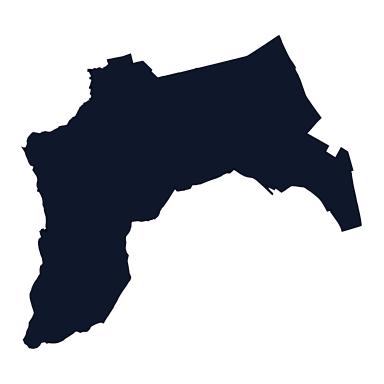 outline of Luizi-Calugara, Bacau, Romania
{"feature_id": "2599482B12276369319500", "entity_name": "Luizi-Calugara", "entity_type": "district", "adm_level": 2, "iso_a3": "ROU", "parent_name": "Romania", "parent_adm1": "Bacau", "projection": "mercator", "projection_center": [26.83, 46.517], "detail": "fine", "context": "isolated", "style": "filled", "palette": "ink", "viewbox_px": 384, "rotation_deg": 0, "n_neighbors": 0, "source": "geoboundaries", "source_scale": "gbopen_adm2", "svg_char_len": 5739}
<svg xmlns="http://www.w3.org/2000/svg" viewBox="0 0 384 384"><path d="M23.5,339.8L24.1,340.6L24.7,342.7L25.8,343.8L27.0,344.4L27.5,344.8L28.3,345.7L28.8,346.8L29.8,347.5L30.4,346.8L30.9,347.7L31.4,347.9L33.4,348.1L34.4,347.9L35.3,347.6L37.0,347.2L38.9,345.5L39.5,344.8L40.5,343.0L40.8,342.5L41.7,342.0L44.1,341.6L45.3,341.6L45.9,341.7L46.3,342.0L46.2,342.3L46.5,342.7L46.9,342.9L47.8,342.6L48.2,342.3L50.9,342.6L53.4,342.7L55.3,342.6L57.8,342.2L62.2,340.3L63.7,339.4L63.8,338.9L72.4,333.4L75.2,331.0L76.3,330.7L77.3,330.9L78.3,331.1L79.9,332.0L80.6,332.1L82.3,331.3L83.1,331.1L86.4,331.1L87.3,330.8L88.8,329.3L89.5,328.4L90.3,326.6L91.1,325.9L93.7,324.4L97.1,322.9L100.2,322.0L101.4,321.9L103.3,322.7L106.4,317.3L107.5,316.0L109.1,313.3L112.8,307.6L114.2,304.6L116.3,301.2L118.0,297.6L120.0,294.2L121.9,291.2L126.3,284.9L127.9,282.2L129.7,279.9L130.5,277.6L130.2,276.3L129.2,274.2L128.8,273.3L128.7,272.0L127.9,266.5L126.9,261.3L127.0,259.8L128.0,255.4L126.5,253.4L126.1,252.5L125.3,250.1L125.0,248.6L125.0,247.2L125.5,243.1L125.5,241.5L125.1,240.3L125.2,237.5L125.4,236.2L127.7,233.4L128.8,231.7L129.7,230.1L130.0,228.5L130.6,226.9L130.8,225.5L130.7,223.3L131.1,222.6L130.9,221.6L131.0,221.2L137.8,220.4L141.7,221.1L142.2,220.7L144.0,220.8L144.4,220.3L146.1,220.1L147.9,220.5L149.3,220.0L150.2,219.2L151.6,219.3L153.5,218.4L154.9,218.5L155.1,218.0L157.4,216.2L158.3,214.7L159.0,213.1L159.2,211.7L159.5,210.7L160.6,209.4L161.2,207.7L162.8,206.4L168.0,199.0L174.8,188.1L176.5,189.7L176.9,190.5L177.9,190.8L182.4,190.0L184.1,190.0L184.2,189.4L185.7,189.4L187.0,188.9L188.5,188.7L190.2,188.0L192.1,184.3L193.3,184.5L196.7,184.3L199.4,183.5L199.8,183.8L209.1,180.1L213.9,178.4L215.2,178.1L218.6,176.7L221.0,175.6L223.1,174.1L228.8,171.6L228.0,172.7L228.2,172.8L228.9,172.1L229.2,172.0L229.3,172.1L229.4,172.6L229.8,172.7L232.5,170.3L233.4,169.2L233.6,168.7L241.5,174.0L245.2,175.8L248.0,176.6L252.8,177.3L256.4,179.4L264.2,186.5L272.2,194.2L272.5,193.6L268.9,190.1L268.2,189.1L267.0,185.5L268.7,186.7L274.3,189.4L275.3,187.4L281.5,191.9L284.8,189.9L286.5,188.5L290.9,185.6L292.0,185.4L295.7,185.6L301.0,186.4L304.1,186.7L306.2,187.9L307.2,188.8L310.9,191.1L315.3,194.6L318.7,197.5L320.4,199.3L322.0,201.3L323.4,203.6L325.7,207.5L327.4,210.8L330.9,209.8L331.0,211.8L338.3,222.1L339.8,224.7L341.5,228.1L342.2,231.0L348.0,229.3L360.8,225.4L361.0,224.6L360.0,218.2L359.2,214.2L357.9,208.4L357.5,206.1L356.3,201.4L355.3,196.2L354.3,191.8L352.9,185.2L351.4,176.4L351.1,173.5L350.7,172.0L350.2,171.1L349.9,170.9L352.6,170.1L347.5,152.0L341.2,148.0L335.6,158.3L325.2,151.7L328.3,146.0L306.0,133.4L308.6,131.1L316.5,121.9L320.7,117.8L317.1,113.0L311.1,104.5L306.5,97.8L305.3,95.7L299.7,79.7L298.1,76.3L298.0,75.7L294.9,70.1L294.8,69.5L295.0,67.2L292.1,62.6L290.1,59.9L287.8,55.7L285.9,52.0L281.3,42.0L281.2,41.2L279.8,37.8L278.9,35.9L255.5,51.4L247.9,56.2L245.7,57.0L213.0,65.1L198.5,68.6L196.3,68.7L196.4,69.0L183.8,72.2L179.2,73.3L179.0,73.1L168.4,75.7L166.9,76.0L165.6,76.4L165.0,76.9L164.6,76.9L164.2,76.5L159.6,77.7L157.5,78.2L150.4,71.4L151.3,70.3L151.2,70.2L151.4,69.9L142.8,61.5L136.4,62.9L132.7,63.9L130.4,54.3L122.8,57.0L107.7,59.9L108.1,61.8L109.3,64.3L108.5,64.8L106.0,67.1L104.0,67.9L104.1,69.0L101.5,69.1L100.2,68.3L99.3,68.0L98.8,68.2L98.2,68.8L97.4,68.8L96.8,69.3L96.2,69.4L95.8,69.1L95.1,68.8L94.2,68.9L93.7,69.2L92.9,69.8L92.3,70.1L91.5,69.7L88.2,69.6L88.2,71.2L90.7,70.9L90.9,71.1L90.0,72.0L90.0,72.6L91.9,76.0L91.8,76.5L91.4,77.1L90.4,77.5L90.0,77.8L89.9,78.1L90.0,78.4L90.2,78.6L91.6,78.9L91.8,79.1L92.1,80.5L92.0,81.1L91.6,81.8L90.7,85.6L90.3,86.5L89.8,87.0L89.7,87.6L89.8,88.1L90.3,88.1L91.8,87.6L92.0,87.8L92.0,88.3L91.4,89.3L91.3,89.6L91.5,90.5L91.1,92.0L90.6,93.8L91.5,94.8L92.3,96.5L91.6,97.2L91.5,97.5L91.6,97.9L92.0,98.2L92.0,98.5L91.3,98.4L90.0,98.9L89.7,99.2L89.9,99.4L90.7,99.7L90.8,100.1L90.7,100.7L90.4,101.1L89.9,101.3L89.5,101.2L89.0,100.9L88.4,101.1L88.1,101.5L86.9,102.3L86.4,102.4L85.8,103.1L84.9,103.1L84.2,103.4L84.0,103.8L84.3,104.8L83.7,105.2L82.8,105.3L82.0,105.9L81.5,106.9L80.4,107.4L79.0,110.5L78.4,111.0L78.1,112.2L75.9,116.4L74.8,117.2L73.2,117.7L69.6,121.1L68.6,123.2L67.4,125.2L65.7,125.9L62.8,126.2L59.4,127.0L58.2,128.5L54.7,130.1L51.9,131.8L49.6,132.6L47.9,132.4L45.0,131.8L43.7,132.5L42.5,132.4L41.8,133.0L40.0,134.0L33.2,132.8L31.9,133.8L29.4,136.6L28.3,138.0L27.3,141.2L27.7,142.1L27.7,143.8L27.0,145.8L26.1,147.8L25.5,148.6L24.4,148.1L24.1,148.5L23.0,148.0L25.3,151.8L25.8,153.3L26.4,155.4L28.1,159.2L29.0,161.8L30.7,164.8L34.1,166.0L33.9,168.2L33.1,169.9L34.1,171.3L35.5,173.5L36.7,175.2L37.5,176.8L37.7,177.7L38.1,180.3L37.7,181.4L37.4,183.4L37.3,186.0L38.4,188.6L39.2,189.7L37.7,190.1L38.1,191.2L39.4,190.9L40.3,192.9L40.8,193.6L42.7,198.0L43.3,201.2L43.3,202.6L43.2,204.2L43.4,205.3L44.0,206.7L44.5,208.0L44.6,208.9L44.6,210.3L45.0,212.0L46.4,216.7L46.6,221.4L46.6,222.6L46.3,224.8L46.2,226.2L46.4,227.4L46.7,228.4L46.3,231.7L45.8,231.6L46.0,230.4L45.9,229.9L45.6,229.7L44.0,230.6L43.6,230.0L43.2,229.7L43.1,229.3L42.2,229.5L42.0,229.9L41.6,229.8L41.3,230.3L41.4,230.7L41.3,231.0L40.2,231.6L40.5,232.0L40.7,233.9L41.1,234.8L41.7,236.4L41.7,237.0L42.1,237.8L40.7,238.3L39.4,239.3L39.2,239.8L39.1,240.8L38.8,241.3L38.7,241.9L38.9,245.2L39.1,246.2L39.5,248.9L40.5,252.0L40.9,253.8L43.0,259.0L42.8,259.6L43.2,259.7L43.0,261.8L43.9,262.3L43.1,263.8L41.8,265.8L41.4,266.2L40.9,266.2L40.3,269.3L40.3,270.6L40.5,274.5L39.4,275.6L37.5,279.1L35.2,282.2L34.3,283.9L32.5,287.6L31.6,290.8L31.1,291.8L30.3,294.0L30.3,294.7L30.4,297.6L31.2,301.3L31.9,303.6L32.5,306.1L33.6,309.2L34.6,312.8L34.3,314.3L33.7,315.3L33.0,317.2L30.0,321.8L29.4,323.0L29.5,324.8L29.1,326.4L29.0,327.6L27.5,330.4L27.1,331.5L26.4,334.6L26.1,335.6L24.5,338.5L23.5,339.8Z" fill="#0f172a" stroke="#020617" stroke-width="1.5"/></svg>